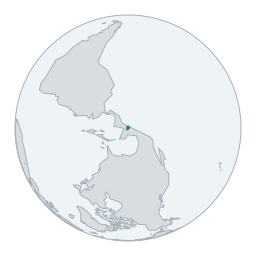 the Earth from above Quiché, rotated 187°
{"feature_id": "GTM-3467", "entity_name": "Quiché", "entity_type": "Department", "adm_level": 1, "iso_a3": "GTM", "parent_name": "Guatemala", "parent_adm1": "", "projection": "orthographic", "projection_center": [-90.931, 15.443], "detail": "fine", "context": "on_globe", "style": "filled", "palette": "green", "viewbox_px": 256, "rotation_deg": 187, "n_neighbors": 0, "source": "natural_earth", "source_scale": "10m", "svg_char_len": 8635}
<svg xmlns="http://www.w3.org/2000/svg" viewBox="0 0 256 256"><g transform="rotate(187 128 128)"><circle cx="128" cy="128" r="113" fill="#eef3f6" stroke="#a8b0b8"/><path d="M152.6,141.2L149.9,140.2L147.5,143.7L138.2,138.7L134.6,132.2L104.7,121.7L101.4,118.2L100.9,112.7L89.3,94.1L95.1,111.4L90.9,108.0L87.2,101.7L89.0,100.3L86.1,91.3L82.1,87.8L80.6,76.8L86.3,63.7L87.8,65.9L88.9,62.8L87.1,60.0L85.7,59.1L87.3,47.4L82.5,41.3L77.6,42.3L81.3,40.1L69.8,44.4L65.0,44.6L72.5,42.7L74.8,41.3L72.6,40.3L74.5,38.7L74.6,37.5L77.1,35.8L81.3,35.2L83.0,34.2L81.3,33.6L82.8,31.8L84.9,32.7L87.7,29.8L95.2,29.1L99.0,34.3L105.2,33.6L114.6,38.8L115.9,37.3L120.2,38.8L123.2,37.8L124.1,39.4L125.7,37.3L124.3,36.1L124.5,34.8L126.2,34.3L127.6,36.0L127.0,36.6L128.3,36.8L128.3,38.0L129.2,37.1L130.7,39.5L131.7,36.3L134.9,37.6L135.3,39.5L132.0,40.3L124.8,47.7L124.2,50.4L126.5,53.1L137.7,55.8L138.3,58.7L141.5,61.8L142.6,59.6L140.5,56.4L143.4,53.4L140.5,50.3L141.3,48.8L139.6,45.4L143.3,45.0L147.8,46.5L149.4,49.4L151.5,50.2L152.7,47.0L158.4,52.2L166.8,55.6L167.9,57.3L165.0,61.0L157.9,62.0L154.1,68.1L160.1,63.4L162.7,68.2L164.6,68.8L166.5,68.2L166.9,66.2L168.5,67.9L163.2,72.8L161.7,71.4L163.4,69.7L160.1,70.4L156.5,74.4L158.1,76.8L151.1,81.3L152.1,83.2L151.2,85.4L150.0,82.0L152.0,88.4L144.0,96.6L146.7,108.4L140.3,99.6L135.7,98.8L130.3,99.4L130.6,101.3L123.0,100.2L116.8,104.5L115.4,114.1L118.8,121.2L127.1,121.3L129.2,117.1L135.1,116.0L131.8,127.1L142.2,128.1L141.7,136.3L144.9,140.3L149.9,138.9L155.1,140.5L158.5,135.4L164.1,132.3L164.6,138.8L167.4,132.5L170.8,135.3L181.7,133.6L181.0,135.2L190.3,141.5L199.6,143.1L201.8,147.4L200.8,150.5L203.8,150.6L203.9,152.5L215.4,152.3L220.6,155.2L220.0,161.6L214.8,170.4L208.0,186.5L198.1,193.5L194.2,199.6L184.1,209.1L178.2,209.6L178.6,213.0L174.2,215.8L170.0,216.6L168.1,219.2L165.0,219.7L166.3,221.0L159.6,224.8L159.7,227.0L154.5,229.7L154.6,230.9L153.2,231.0L151.3,231.6L150.7,232.3L147.0,231.5L147.7,228.6L150.2,226.9L148.4,226.8L154.0,222.2L151.4,223.3L154.8,216.4L159.7,210.1L165.6,191.1L163.8,187.4L156.1,183.5L146.8,169.0L149.8,162.4L147.6,159.5L154.8,149.8L152.6,141.2ZM31.6,104.9L32.3,102.3L32.7,104.2L31.6,104.9ZM32.2,100.6L32.1,101.5L32.1,100.7L32.2,100.6ZM31.8,99.9L32.1,100.4L31.7,100.1L31.8,99.9ZM31.3,99.4L31.6,99.6L31.3,99.4ZM146.5,112.5L158.5,117.3L152.1,118.6L153.3,117.4L150.2,115.3L144.5,113.5L138.8,115.2L146.5,112.5ZM30.7,97.7L30.6,97.2L31.0,97.2L30.7,97.7ZM150.9,105.5L148.8,105.3L150.7,105.0L150.9,105.5ZM84.7,59.0L86.9,60.2L87.8,63.4L85.8,62.5L84.7,59.0ZM83.3,53.4L84.8,53.3L83.4,56.3L82.9,55.4L83.3,53.4ZM73.7,43.6L75.1,44.1L73.0,44.2L73.7,43.6ZM74.1,37.6L73.1,38.1L73.6,37.2L74.1,37.6ZM137.7,46.0L138.6,45.7L138.5,46.4L137.7,46.0ZM136.1,44.8L135.2,45.9L134.3,45.5L134.9,44.9L136.1,44.8ZM77.8,34.0L78.9,32.7L78.5,33.9L77.8,34.0ZM137.4,43.7L132.8,44.7L131.2,44.1L132.1,41.3L137.4,43.7ZM80.0,31.9L82.4,29.2L80.4,29.8L87.6,26.8L83.1,29.9L83.0,31.2L81.7,31.1L80.0,31.9ZM123.1,36.0L124.7,37.2L121.9,36.8L123.1,36.0ZM121.3,36.0L112.3,37.1L110.8,35.2L114.1,35.1L111.0,33.3L114.7,31.8L117.3,32.5L117.5,34.0L118.7,32.3L121.3,36.0ZM91.2,25.8L92.4,25.2L91.9,25.7L91.2,25.8ZM124.4,34.3L122.7,34.6L121.3,32.9L124.5,32.1L123.9,32.9L124.4,34.3ZM108.4,33.7L107.9,32.5L110.8,30.9L111.0,30.2L114.7,31.7L108.4,33.7ZM125.1,33.0L126.1,31.7L128.2,32.0L126.0,34.0L125.1,33.0ZM119.7,32.9L119.2,32.1L120.5,32.3L119.7,32.9ZM136.4,32.8L134.4,33.0L133.5,32.1L136.4,32.8ZM126.3,31.3L125.6,31.2L125.0,30.9L126.1,30.2L126.3,31.3ZM116.4,30.5L117.7,30.2L115.1,29.8L117.1,28.8L119.2,30.0L119.1,29.1L119.8,28.8L120.8,30.2L116.4,30.5ZM125.5,28.8L128.9,30.3L132.7,30.1L133.6,30.8L127.2,31.0L125.5,28.8ZM122.6,29.4L124.6,29.2L124.7,30.1L123.5,30.9L122.6,29.4ZM117.7,27.7L114.0,29.0L113.7,28.7L117.7,27.7ZM126.6,28.5L125.7,28.2L126.8,28.4L126.6,28.5ZM120.4,27.7L119.2,28.1L118.8,27.8L120.4,27.7ZM125.1,27.2L126.2,27.6L125.4,28.1L125.1,27.2ZM122.9,27.3L122.7,26.7L124.4,28.0L122.4,27.5L122.9,27.3ZM120.3,27.3L119.7,27.2L120.9,27.2L120.3,27.3ZM127.6,25.2L129.9,26.8L128.1,27.8L126.1,26.1L127.6,25.2ZM152.6,233.2L147.1,231.9L150.4,232.5L153.9,231.1L156.4,232.2L152.6,233.2ZM162.5,229.5L165.9,228.4L166.3,228.6L164.1,229.5L162.5,229.5ZM205.0,45.8L204.3,45.2L206.7,47.4L207.3,48.1L209.7,50.4L207.3,48.4L210.1,52.3L218.3,63.7L218.9,66.1L217.2,66.2L209.4,57.1L209.0,52.7L206.2,50.0L202.2,47.7L202.4,46.7L200.7,45.4L200.2,43.9L195.3,39.4L194.1,37.9L188.3,34.1L186.9,33.0L190.8,35.4L192.8,36.5L189.3,33.6L187.5,32.4L184.0,30.3L183.5,30.0L180.6,28.4L177.8,27.0L185.1,30.9L192.1,35.4L198.8,40.4L205.0,45.8ZM177.1,26.6L179.0,27.7L174.9,25.9L170.5,23.9L169.6,23.7L176.8,27.1L179.4,28.3L180.9,28.8L188.1,33.0L190.2,34.6L184.1,31.5L186.3,33.5L180.6,30.7L164.5,22.5L159.7,20.5L160.1,20.0L163.7,21.2L165.0,21.7L166.2,22.1L177.1,26.6ZM157.5,19.3L157.4,19.3L157.3,19.2L157.5,19.3ZM130.8,15.4L121.7,15.8L116.3,16.1L117.3,15.9L108.4,17.2L103.1,18.2L104.0,18.0L100.3,19.0L101.9,18.7L102.0,18.7L93.3,22.1L90.4,23.1L87.6,25.1L88.1,25.1L90.1,24.4L87.6,26.8L80.4,29.8L79.7,29.5L75.6,31.9L74.8,31.1L72.1,31.8L73.5,30.1L71.3,31.1L70.0,31.9L66.0,34.2L63.4,35.7L67.7,32.9L71.2,30.7L77.8,28.2L75.6,28.7L77.9,27.5L78.2,27.2L76.5,27.9L75.2,28.5L77.0,27.6L84.2,24.2L91.7,21.4L99.3,19.1L107.0,17.3L114.9,16.1L122.9,15.5L130.8,15.4ZM240.0,115.9L239.5,123.4L237.9,120.6L232.3,108.7L231.3,101.7L228.5,95.2L219.1,66.7L220.1,66.0L216.1,57.8L220.8,64.2L225.1,70.9L228.9,77.9L232.2,85.2L234.9,92.6L237.2,100.3L238.9,108.1L240.0,115.9ZM225.8,79.2L226.9,81.2L225.8,79.2ZM182.1,133.4L183.4,134.5L181.7,134.8L182.1,133.4ZM151.5,121.4L153.9,121.3L155.3,122.3L153.5,122.7L151.5,121.4ZM171.2,119.5L173.8,119.8L171.2,120.7L171.2,119.5ZM160.3,117.9L169.0,119.6L163.9,122.1L158.3,121.1L162.0,120.2L160.3,117.9ZM150.2,109.5L151.8,109.8L151.5,111.1L150.2,109.5ZM152.3,105.4L151.7,105.6L150.8,104.7L152.3,105.4ZM163.0,67.9L163.5,67.5L165.5,67.4L164.8,68.3L163.0,67.9ZM173.1,62.5L175.5,65.3L173.2,63.8L172.7,65.4L167.5,64.6L168.2,58.1L168.8,61.1L173.1,62.5ZM160.6,62.1L163.9,63.1L160.3,62.3L160.6,62.1ZM192.0,40.9L193.1,41.0L195.3,42.7L196.8,45.6L193.6,43.0L192.0,40.9ZM194.2,40.8L187.8,37.5L186.6,35.9L188.3,37.3L188.2,36.5L191.0,38.7L196.1,40.8L198.4,42.5L199.9,46.3L198.2,43.9L197.2,43.8L194.2,40.8ZM173.5,34.7L170.7,34.0L171.7,31.3L174.2,32.3L175.9,34.9L173.9,35.3L173.5,34.7ZM139.7,38.8L138.6,39.3L138.2,38.7L138.8,37.8L139.7,38.8ZM135.6,33.0L144.3,36.3L143.4,36.9L149.5,38.5L149.6,40.9L145.7,39.7L150.3,43.0L146.8,42.9L150.2,45.0L141.4,42.2L138.4,42.5L141.7,41.2L141.6,38.8L140.7,38.0L135.9,35.8L129.5,35.8L128.4,33.8L129.4,32.4L130.8,32.1L131.0,33.4L132.7,32.1L134.1,33.8L135.6,33.0ZM141.4,21.6L141.1,22.5L144.7,21.6L146.2,22.7L146.5,22.5L148.8,23.4L152.2,24.3L152.4,24.8L153.6,24.9L155.2,25.6L156.9,26.0L157.9,27.3L160.1,28.0L159.3,28.2L162.9,29.1L160.6,29.1L162.4,30.2L163.6,29.6L164.4,37.1L166.5,40.7L169.4,44.0L165.2,43.9L159.7,41.0L154.3,37.2L152.9,33.9L151.2,34.7L150.0,33.4L151.9,33.3L148.4,32.7L147.9,31.6L143.1,29.2L138.4,29.3L136.5,28.6L138.1,28.0L135.1,27.7L136.8,26.3L135.5,25.8L136.0,24.1L139.8,23.6L138.1,23.1L138.3,22.0L141.4,21.6ZM127.8,24.7L132.1,23.5L135.0,23.7L133.1,26.7L134.0,27.3L132.8,29.6L128.7,29.5L129.4,28.8L129.1,28.1L130.5,28.4L129.2,27.7L130.1,26.8L129.3,26.1L130.9,25.8L127.8,24.7ZM212.0,53.3L211.4,52.5L213.8,55.1L214.2,55.6L212.0,53.3ZM209.0,50.0L211.2,52.3L210.2,51.3L209.0,50.0ZM190.0,34.8L189.1,34.0L189.8,34.4L191.3,35.4L190.0,34.8ZM152.4,20.2L151.8,20.4L151.0,20.2L147.8,20.1L146.5,19.5L147.9,19.2L152.4,20.2ZM150.5,19.4L149.3,19.4L149.4,19.1L150.5,19.4ZM145.4,19.0L145.1,18.6L146.0,19.4L145.4,19.0ZM148.4,17.2L149.2,17.4L144.0,16.6L137.6,15.9L143.5,16.5L146.9,17.0L147.1,17.0L148.4,17.2ZM123.8,15.7L123.3,15.9L121.8,15.9L121.7,15.8L123.8,15.7ZM124.7,15.7L127.3,15.9L125.9,16.2L124.1,15.9L124.7,15.7ZM139.1,17.0L140.9,17.2L140.8,17.4L139.1,17.0ZM91.5,25.2L92.3,25.2L91.0,25.6L91.5,25.2ZM103.0,18.5L101.5,19.0L103.0,18.5ZM102.1,19.4L103.8,18.9L102.5,19.4L102.1,19.4ZM107.5,17.8L104.7,18.7L106.7,17.9L107.5,17.8Z" fill="#d9dde1" stroke="#a8b0b8" stroke-width="1"/><path d="M127.9,126.8L128.2,126.8L128.4,126.8L128.7,126.8L128.8,126.8L128.9,126.7L128.9,126.8L128.7,126.9L128.4,126.9L128.4,127.0L128.4,126.9L128.3,127.0L128.3,127.3L128.2,127.4L128.3,127.4L128.3,127.5L128.5,127.6L128.6,127.8L128.6,128.0L128.4,128.0L128.5,128.1L128.8,128.2L128.9,128.3L128.7,128.5L128.5,128.4L128.1,128.4L128.1,128.6L128.3,128.8L128.5,129.0L128.4,129.0L128.2,129.0L127.9,129.0L127.7,129.2L127.6,129.3L127.6,129.2L127.5,128.9L127.4,128.9L127.4,128.7L127.3,128.4L127.5,128.3L127.5,128.2L127.4,128.1L127.3,127.9L127.2,127.9L127.3,127.8L127.3,127.7L127.5,127.6L127.6,127.3L127.6,127.2L127.9,126.8Z" fill="#22c55e" stroke="#15803d" stroke-width="1.5"/></g></svg>